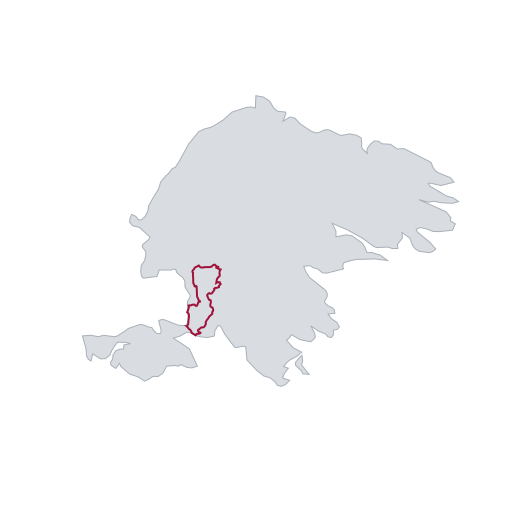 Leitrim highlighted on a map of Ireland, rotated 223°
{"feature_id": "IRL-730", "entity_name": "Leitrim", "entity_type": "County", "adm_level": 1, "iso_a3": "IRL", "parent_name": "Ireland", "parent_adm1": "", "projection": "mercator", "projection_center": [-8.037, 54.143], "detail": "fine", "context": "in_parent", "style": "outline", "palette": "rose", "viewbox_px": 512, "rotation_deg": 223, "n_neighbors": 0, "source": "natural_earth", "source_scale": "10m", "svg_char_len": 6678}
<svg xmlns="http://www.w3.org/2000/svg" viewBox="0 0 512 512"><g transform="rotate(223 256 256)"><path d="M313.5,94.0L304.3,100.6L302.9,103.0L300.3,113.0L300.0,115.8L294.2,126.8L291.0,129.0L286.1,130.8L283.4,132.6L279.9,131.7L275.5,131.8L273.3,133.8L273.4,135.3L274.7,137.0L282.9,142.1L282.4,144.2L280.1,146.6L265.6,152.4L261.2,156.0L259.7,158.3L261.3,162.3L272.9,174.0L274.8,175.3L276.6,182.1L286.8,184.9L291.0,189.2L294.6,190.2L302.4,189.8L305.6,191.4L307.4,190.2L308.4,188.0L317.2,179.7L314.5,173.5L323.3,162.9L325.8,163.0L329.9,166.2L333.4,170.7L334.4,176.8L337.7,182.2L339.8,184.0L345.4,185.1L346.7,187.2L345.7,195.0L346.6,197.6L360.9,197.4L366.7,194.0L371.6,194.6L374.1,198.1L375.2,201.7L370.9,203.0L366.4,202.3L364.3,204.7L364.1,209.2L365.6,215.0L368.6,219.2L371.0,228.5L373.0,238.7L376.1,244.9L376.7,252.6L376.3,256.4L376.8,263.2L375.5,265.5L376.5,271.9L381.7,292.3L382.7,308.1L380.2,314.0L376.7,319.6L374.5,326.3L372.7,333.4L371.7,344.9L364.2,358.4L361.1,361.7L357.4,363.8L365.4,373.2L358.9,377.3L351.7,378.6L343.8,376.3L338.9,376.6L332.6,381.4L331.2,380.6L328.2,372.9L326.0,380.8L321.5,383.3L313.7,382.8L300.6,384.9L295.6,387.2L293.5,390.7L292.0,394.7L289.9,397.1L287.6,398.4L277.5,401.4L275.6,402.6L270.9,409.1L264.8,412.9L259.7,414.1L255.2,410.2L253.4,408.0L251.3,406.8L244.4,407.0L246.5,408.2L248.0,410.8L248.6,416.0L247.8,421.0L244.4,423.6L240.4,424.0L234.0,429.3L225.5,430.7L220.9,435.5L192.8,443.6L191.2,443.7L187.4,441.6L183.1,440.7L179.0,441.3L167.2,445.9L161.5,445.0L168.8,433.7L178.5,428.0L179.5,426.5L176.4,425.7L157.8,429.7L151.4,433.0L144.9,434.0L147.9,428.9L156.2,421.8L163.4,417.2L166.5,413.0L175.3,408.3L147.1,418.0L139.6,416.9L137.9,414.2L132.1,415.4L129.9,408.9L138.5,398.9L143.5,394.6L149.4,392.3L155.1,389.0L157.2,384.9L154.5,383.6L137.5,384.6L129.3,383.7L129.7,380.5L131.2,376.9L139.7,370.8L144.3,369.8L148.4,370.4L155.6,374.0L165.2,372.8L161.2,368.9L160.5,360.9L157.4,358.2L161.3,354.5L165.8,352.3L173.3,344.6L176.0,343.4L190.8,341.5L206.8,337.5L222.6,331.9L214.5,328.7L210.6,324.6L204.4,333.0L199.9,336.2L187.1,337.9L183.1,336.9L177.4,334.3L175.7,335.3L174.1,337.3L165.6,341.4L156.8,342.4L167.1,334.9L180.1,322.1L183.0,318.1L187.2,311.1L185.9,307.9L183.2,306.2L192.7,291.6L196.0,289.0L202.0,288.6L206.5,286.3L208.4,286.3L210.2,285.4L214.1,281.0L208.1,278.2L201.9,276.8L182.7,278.3L180.2,278.0L177.8,276.7L176.2,274.7L175.1,269.8L173.7,268.7L169.3,268.7L165.1,270.2L162.1,270.0L159.2,267.9L163.8,262.8L157.8,261.6L151.7,262.6L146.6,261.0L146.5,257.8L148.8,254.6L145.8,251.6L145.2,247.8L148.4,245.9L151.9,246.5L159.0,243.7L168.2,242.3L160.3,239.5L157.2,237.1L157.0,233.4L157.7,230.3L166.8,224.9L176.4,222.6L175.7,219.1L176.4,215.3L166.6,214.2L156.9,216.8L158.0,209.6L160.3,203.0L160.8,198.6L160.3,194.0L155.8,196.0L155.2,189.4L153.3,184.9L146.6,188.0L146.7,182.0L148.7,177.8L152.2,176.0L155.7,176.8L162.1,176.7L168.4,173.6L177.4,172.8L191.7,173.8L201.6,182.6L204.1,181.0L208.0,175.5L209.9,174.8L224.7,177.3L234.0,180.5L236.4,179.5L235.1,173.3L231.9,169.0L235.9,163.3L240.8,159.5L244.0,157.6L251.5,155.2L254.7,153.0L256.9,145.7L260.4,139.6L241.6,142.7L223.8,135.5L226.6,130.4L230.4,127.5L236.9,125.3L237.5,122.6L240.8,120.4L246.2,114.5L244.2,106.9L245.3,101.3L249.2,97.6L250.4,92.4L252.2,88.5L260.1,87.1L267.8,83.5L279.6,83.0L282.6,84.5L281.9,78.1L287.5,77.3L289.6,78.6L290.6,83.1L293.1,86.0L293.9,91.0L292.2,94.8L289.4,97.8L292.0,100.8L288.0,106.3L292.3,104.0L298.4,98.6L298.1,94.2L297.1,88.7L295.3,83.7L296.1,78.2L299.6,74.7L308.7,73.0L305.0,66.7L308.3,66.1L311.9,67.4L317.2,72.3L328.4,79.2L322.9,85.3L316.2,89.5L313.5,94.0ZM155.0,212.0L154.7,214.8L150.4,211.2L148.3,207.4L136.5,205.6L141.4,201.7L143.8,202.9L152.2,203.0L154.5,204.7L155.0,212.0Z" fill="#d9dde1" stroke="#a8b0b8" stroke-width="1"/><path d="M258.3,157.3L258.0,157.5L258.8,158.2L258.9,159.0L259.1,159.8L259.6,160.6L261.0,162.2L263.5,165.7L264.8,167.1L266.3,167.9L268.0,167.9L269.2,171.0L270.0,172.4L271.0,173.6L271.5,173.8L271.2,174.3L270.6,174.9L270.0,175.5L269.8,175.7L269.7,176.0L269.6,176.3L269.5,176.7L269.3,177.0L269.1,177.2L268.2,178.2L268.0,178.4L267.7,178.5L267.4,178.6L267.0,178.5L266.7,178.4L266.3,178.4L266.0,178.5L265.8,178.7L265.6,178.9L265.4,179.2L265.3,179.6L265.4,180.0L266.4,182.2L266.6,182.7L266.5,183.0L266.4,183.4L266.2,183.7L265.9,184.1L265.8,184.4L265.9,184.6L266.1,184.7L266.6,184.8L267.7,184.6L268.0,184.6L268.3,184.7L269.3,185.4L269.8,185.6L271.0,185.9L271.8,186.5L278.5,193.1L279.0,193.3L279.3,193.2L279.3,192.8L279.5,192.5L279.6,192.2L279.9,192.1L280.3,192.0L280.6,192.2L281.6,192.8L282.1,193.0L282.8,193.1L283.2,193.3L285.8,195.8L286.9,197.1L287.7,197.7L289.3,199.2L290.4,200.7L290.7,200.9L291.1,200.9L291.4,200.9L291.7,201.1L292.0,201.4L292.2,201.8L292.3,202.2L292.4,202.6L292.4,204.4L292.5,204.7L292.7,205.2L292.8,205.6L292.7,206.1L292.6,206.7L291.8,208.4L291.4,210.0L289.1,209.8L288.0,210.4L286.8,211.6L286.6,212.0L285.1,213.7L282.8,215.8L281.9,216.8L281.4,217.5L281.3,218.0L281.3,218.4L281.2,219.2L281.2,219.6L280.9,220.4L280.8,220.8L280.5,221.4L280.2,221.6L279.8,221.6L279.1,221.6L278.4,221.6L278.0,221.6L277.8,221.3L277.5,220.7L277.2,220.5L276.8,220.3L276.6,220.5L276.5,221.6L276.5,222.1L276.3,222.3L276.1,222.3L275.9,222.2L275.6,221.7L275.5,221.3L275.3,221.1L274.6,220.9L272.7,222.0L272.4,220.6L271.6,219.2L270.9,218.5L270.3,217.9L269.3,217.2L269.1,216.7L268.9,215.9L269.1,215.3L269.0,213.2L268.4,211.8L266.7,209.2L266.5,210.0L266.0,210.8L265.4,211.4L264.7,212.0L264.3,211.5L263.2,211.6L262.7,211.3L262.7,210.6L262.8,209.0L262.5,208.6L261.9,208.1L262.4,206.9L263.1,205.8L263.5,205.5L263.8,205.2L264.2,204.4L264.3,203.5L263.4,203.0L263.3,202.5L262.9,199.5L262.9,198.4L263.4,197.7L264.2,197.1L264.8,197.0L265.0,196.7L265.1,196.4L265.2,196.1L265.2,195.7L265.2,194.4L264.8,193.9L264.1,193.4L261.4,192.3L260.3,192.0L259.0,192.7L258.1,192.0L257.6,191.6L255.9,188.8L255.7,188.6L255.4,188.4L255.1,188.2L254.7,188.1L254.3,188.1L253.9,188.1L252.6,188.6L252.3,188.5L252.0,188.4L250.2,187.0L250.0,186.7L249.9,186.4L249.9,185.7L249.8,185.2L249.4,184.6L248.7,184.2L248.6,183.9L248.5,183.5L248.7,182.3L248.9,180.5L248.9,180.0L248.8,179.4L248.5,178.2L248.4,177.4L248.3,175.9L248.1,174.8L247.6,173.2L247.2,172.7L246.7,172.4L246.4,172.2L246.2,171.9L246.1,171.5L245.6,169.5L245.6,169.1L245.6,168.6L245.9,167.8L246.2,167.4L246.5,167.2L246.8,167.0L247.1,166.8L247.3,166.3L247.4,165.7L247.6,163.8L247.7,163.3L247.9,163.0L247.9,162.6L247.8,162.2L247.5,161.8L245.9,161.4L245.6,161.3L245.3,161.5L244.8,161.9L244.5,162.0L244.2,162.0L244.1,161.7L244.2,161.1L245.0,159.9L245.6,159.3L246.0,159.0L246.3,158.4L246.0,157.0L246.0,156.8L250.7,155.9L251.2,156.4L253.8,157.2L254.9,156.9L258.2,157.3L258.3,157.3L258.3,157.3Z" fill="none" stroke="#9f1239" stroke-width="2"/></g></svg>